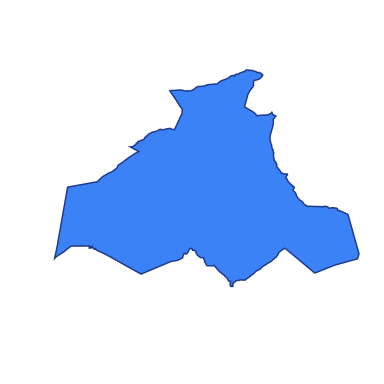 outline of Tingambato, Michoacán, Mexico, rotated 77°
{"feature_id": "50627088B49103423158647", "entity_name": "Tingambato", "entity_type": "district", "adm_level": 2, "iso_a3": "MEX", "parent_name": "Mexico", "parent_adm1": "Michoacán", "projection": "equal_earth", "projection_center": [-101.844, 19.506], "detail": "fine", "context": "isolated", "style": "filled", "palette": "blue", "viewbox_px": 384, "rotation_deg": 77, "n_neighbors": 0, "source": "geoboundaries", "source_scale": "gbopen_adm2", "svg_char_len": 5812}
<svg xmlns="http://www.w3.org/2000/svg" viewBox="0 0 384 384"><g transform="rotate(77 192 192)"><path d="M255.3,223.4L255.3,221.5L254.4,217.3L254.0,215.9L253.0,215.5L251.2,214.3L250.1,213.4L250.1,213.1L250.4,212.4L250.9,212.2L251.1,211.9L251.1,211.7L250.9,211.0L250.8,210.7L250.6,210.4L249.7,209.4L248.6,208.7L247.9,207.9L247.3,207.5L246.9,207.1L246.7,207.0L246.7,206.9L246.5,205.8L247.4,205.4L247.5,204.8L247.7,204.4L248.0,204.4L248.4,204.2L248.9,204.4L249.0,204.2L249.1,203.9L249.5,203.2L249.6,202.1L250.3,201.8L252.7,201.7L253.8,201.1L254.5,201.0L254.9,200.9L257.6,198.7L258.1,197.9L258.2,197.2L258.3,196.5L258.5,195.9L258.9,195.5L260.4,195.5L260.6,195.2L261.2,195.0L261.6,195.0L261.9,195.3L262.2,195.5L262.6,195.5L263.1,195.3L264.1,194.9L264.6,194.6L265.7,194.6L266.6,194.3L267.1,194.0L268.3,189.6L268.7,188.4L268.5,187.0L274.8,183.7L276.4,182.7L276.5,182.5L276.7,182.3L277.0,181.9L277.4,181.6L277.8,181.5L278.2,181.3L278.7,180.7L280.0,179.5L281.6,178.8L282.2,178.5L282.7,177.8L283.6,177.4L283.9,177.1L284.3,176.8L286.1,176.7L286.3,176.6L286.7,176.4L287.3,175.6L287.6,175.0L287.9,174.5L288.2,174.7L288.6,174.8L289.5,175.5L290.8,175.7L292.6,175.6L293.2,173.4L292.8,173.2L292.6,173.6L290.2,172.6L290.3,172.2L289.4,171.3L289.1,170.5L288.9,169.6L288.6,169.2L288.4,167.9L288.4,167.5L288.6,165.9L288.6,164.7L289.8,159.8L288.6,157.8L288.2,156.5L286.8,153.5L285.6,150.8L284.9,149.4L283.6,147.5L283.0,145.4L282.7,143.9L282.3,142.5L281.2,141.0L280.5,139.8L280.0,138.4L279.5,136.8L279.3,136.2L278.5,134.4L278.2,133.1L277.4,130.7L276.8,129.5L276.2,128.2L275.5,127.2L274.3,124.5L273.0,123.2L271.8,121.8L271.6,121.6L271.4,121.6L271.2,121.7L270.9,121.5L270.7,121.2L269.8,120.0L269.7,119.5L269.5,119.0L269.4,118.6L269.3,118.4L269.0,118.0L268.5,116.8L268.0,115.8L267.9,114.3L267.8,113.9L298.6,90.6L295.4,69.8L294.3,45.7L289.7,43.2L248.9,45.1L246.5,48.2L245.9,49.0L244.8,50.3L244.5,50.7L244.0,51.7L243.8,52.4L243.7,52.5L243.3,52.5L243.1,52.7L242.6,54.2L241.1,54.1L240.7,54.3L240.0,55.2L239.9,55.5L240.0,56.1L239.9,56.3L239.4,57.1L238.9,58.9L238.8,60.1L238.6,61.8L238.5,62.1L238.4,62.3L238.1,62.6L237.3,62.9L236.7,63.7L236.5,64.0L236.1,64.8L236.0,65.8L235.9,66.3L235.6,66.7L235.6,66.8L236.0,67.5L235.8,67.7L231.7,83.3L231.0,83.4L230.9,83.6L230.8,83.9L230.7,84.1L230.5,84.3L230.1,84.7L229.8,84.9L229.6,85.2L229.2,85.5L228.3,85.8L226.6,86.5L225.2,87.6L224.6,88.3L224.1,88.7L222.2,89.9L221.4,90.3L220.8,90.4L219.8,90.9L218.7,91.1L218.0,90.9L217.8,90.9L216.9,91.3L215.8,91.5L215.3,91.7L213.8,93.0L213.5,93.2L213.3,93.2L212.6,93.0L212.3,92.8L212.0,92.4L210.9,91.5L210.3,91.4L209.7,91.5L209.2,92.2L208.7,92.6L208.0,93.0L207.2,93.4L206.7,93.9L206.3,94.3L205.8,94.5L203.8,95.8L203.2,96.0L201.2,96.4L199.9,97.0L199.6,97.4L199.4,97.4L199.1,97.1L198.6,97.0L198.0,96.7L196.5,95.0L196.1,95.0L195.9,95.1L195.8,95.4L195.7,96.8L195.5,97.1L195.0,98.3L194.3,99.5L194.0,99.7L193.9,99.8L193.9,100.3L193.1,100.9L192.9,101.0L191.7,101.2L186.1,103.8L185.6,103.9L185.2,103.5L184.5,103.2L183.7,103.2L182.5,103.6L182.1,103.6L181.1,103.9L179.8,104.8L179.4,104.9L179.2,105.0L178.1,104.4L177.9,104.5L177.6,104.7L177.0,104.8L174.5,104.3L171.9,103.5L171.5,103.7L169.0,103.6L167.8,104.0L166.7,104.2L166.0,104.2L165.0,103.9L162.8,104.1L161.9,104.2L158.9,104.2L157.3,104.0L155.1,103.3L153.9,102.8L152.0,101.7L147.7,99.3L146.0,98.4L144.3,97.7L143.2,97.4L142.1,96.9L140.1,96.6L139.6,96.6L138.8,95.7L138.6,95.2L137.8,94.5L136.9,93.2L136.7,93.6L136.8,93.9L136.6,93.7L136.3,93.9L135.7,94.5L135.5,94.9L135.5,95.5L135.4,95.6L132.4,96.3L132.9,96.8L133.1,97.1L133.3,97.9L133.8,99.9L133.8,100.6L133.8,101.4L132.6,108.3L132.3,111.4L131.1,112.2L128.6,113.6L125.7,116.5L120.9,121.7L114.8,118.4L109.7,115.7L107.2,113.6L105.4,111.8L103.4,109.1L102.0,108.1L98.2,107.2L97.4,106.5L97.3,104.3L97.3,101.9L96.5,99.8L95.2,97.9L94.1,96.8L93.2,97.0L92.3,97.8L92.0,98.1L91.5,98.5L91.3,99.1L90.5,99.8L90.4,100.7L90.3,101.9L89.7,102.1L89.1,102.6L88.6,103.4L88.3,104.6L87.5,105.2L87.0,106.4L86.4,107.9L86.3,108.8L86.3,109.5L85.8,109.8L85.4,111.1L85.4,112.1L85.7,112.6L86.0,112.9L86.4,113.5L86.4,114.3L86.9,118.9L87.3,119.5L87.6,120.1L87.4,120.6L87.3,121.1L87.2,122.4L87.4,123.4L87.7,124.0L88.6,124.5L88.1,125.0L87.7,125.8L87.7,127.1L87.8,128.4L88.2,129.3L89.4,131.6L89.8,134.5L89.9,135.8L90.3,138.9L91.2,141.0L91.8,142.2L92.4,143.0L92.4,143.7L91.8,146.2L91.7,146.9L91.8,147.7L91.7,148.1L91.2,150.3L91.1,151.5L91.1,152.5L91.0,153.5L91.0,154.1L91.3,154.7L91.3,155.3L91.5,156.2L91.5,157.2L91.3,158.3L90.9,160.5L90.6,162.5L91.3,165.0L91.8,166.1L92.5,167.1L93.2,170.8L92.8,172.4L92.4,173.5L92.2,174.7L92.3,175.7L91.0,177.8L90.0,180.2L88.3,190.7L90.5,190.1L92.8,189.1L98.8,186.8L103.2,185.3L106.9,183.9L108.5,183.1L109.4,182.9L113.7,184.3L114.4,185.0L124.7,193.0L127.2,195.0L126.8,196.4L126.2,197.7L125.1,199.0L124.8,201.6L124.9,207.1L124.3,207.5L123.7,208.9L124.2,210.9L124.8,213.2L124.8,217.5L125.4,218.9L125.5,220.4L126.9,223.0L127.5,223.9L128.3,225.6L130.2,227.4L130.2,230.0L130.8,231.5L130.8,232.2L130.6,232.8L130.6,233.2L132.1,234.1L132.1,234.4L131.8,235.0L131.9,235.4L133.0,235.8L133.3,236.8L134.5,239.6L134.2,242.0L140.6,234.7L141.2,237.0L141.6,238.6L144.5,246.5L147.2,252.3L149.2,257.6L149.9,258.4L151.9,259.9L154.5,266.0L154.6,267.1L154.6,268.1L156.2,273.1L156.8,275.3L158.8,278.9L160.7,282.0L159.3,312.1L209.4,333.4L212.9,334.8L225.8,340.8L224.4,338.6L221.4,330.1L220.7,328.8L220.3,328.2L217.5,322.0L221.2,305.6L221.4,305.3L221.6,304.1L222.6,304.4L223.5,304.8L223.7,303.8L223.6,302.9L223.5,302.7L222.8,303.1L222.6,303.1L222.6,302.5L222.8,302.0L222.7,301.8L223.0,302.0L223.3,302.0L223.6,302.0L223.8,302.0L224.0,301.4L224.9,300.3L225.2,300.1L225.4,300.3L225.9,299.9L226.0,299.6L226.1,299.3L226.0,298.7L225.9,298.7L226.1,298.5L226.4,298.4L228.1,297.1L228.3,296.6L229.5,295.0L233.8,289.6L260.5,260.1L254.9,227.8L255.3,223.4Z" fill="#3b82f6" stroke="#1e3a8a" stroke-width="1.5"/></g></svg>